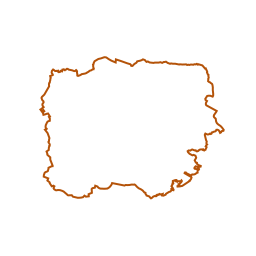 outline of Simonesti, Harghita, Romania, rotated 198°
{"feature_id": "2599482B29227136625242", "entity_name": "Simonesti", "entity_type": "district", "adm_level": 2, "iso_a3": "ROU", "parent_name": "Romania", "parent_adm1": "Harghita", "projection": "natural_earth1", "projection_center": [25.11, 46.356], "detail": "fine", "context": "isolated", "style": "outline", "palette": "amber", "viewbox_px": 256, "rotation_deg": 198, "n_neighbors": 0, "source": "geoboundaries", "source_scale": "gbopen_adm2", "svg_char_len": 5712}
<svg xmlns="http://www.w3.org/2000/svg" viewBox="0 0 256 256"><g transform="rotate(198 128 128)"><path d="M175.3,185.8L177.5,184.5L180.4,181.2L180.7,179.4L180.5,178.3L180.9,177.5L180.3,176.5L180.3,176.1L179.5,174.6L179.2,174.4L178.9,174.0L178.9,173.2L179.6,173.0L180.9,171.4L182.0,170.7L182.3,170.4L182.9,169.3L184.2,168.0L184.4,167.5L185.7,166.5L188.8,164.8L189.2,164.1L190.0,163.3L191.6,162.1L192.4,162.2L193.0,163.9L193.7,164.9L193.9,166.0L194.5,166.7L195.0,166.7L195.3,167.0L195.5,166.8L195.6,166.1L196.2,165.7L196.9,165.5L199.0,165.6L202.4,165.2L203.6,165.6L204.4,165.4L205.0,164.4L205.6,164.0L205.9,163.4L206.2,163.4L207.2,164.0L208.5,163.2L208.2,162.4L208.2,161.5L209.5,161.5L209.5,161.1L210.2,160.1L210.5,160.0L211.7,160.7L211.8,159.9L213.2,160.5L213.7,160.1L215.0,159.7L216.7,160.4L217.3,160.5L218.0,158.8L217.8,157.2L217.3,156.5L216.6,156.1L215.9,155.3L216.8,154.3L218.1,153.4L217.7,152.6L217.0,151.9L217.0,150.6L216.7,149.6L216.7,148.2L216.5,147.5L216.5,146.8L216.9,146.3L216.5,144.6L215.9,143.3L217.9,133.9L219.4,131.1L219.6,130.3L219.4,129.6L218.2,128.1L216.6,127.2L216.2,126.2L216.8,124.2L216.2,122.9L214.7,121.8L215.7,120.4L215.8,119.9L217.0,118.5L215.2,117.2L215.2,117.4L214.3,118.0L214.1,119.0L212.8,118.1L213.6,116.9L213.7,116.3L212.5,114.4L210.8,115.5L209.9,116.3L208.5,117.1L205.8,114.8L206.6,114.1L205.3,112.9L204.6,110.7L205.8,109.9L206.5,109.1L206.7,108.2L206.9,107.0L207.0,105.7L207.1,105.4L206.8,103.7L206.2,102.6L205.1,102.2L205.1,101.8L206.4,100.7L202.9,98.3L199.6,94.1L199.5,92.7L199.1,91.0L199.4,90.4L199.4,90.2L199.0,89.6L198.0,88.9L197.3,88.1L197.0,86.9L197.4,86.6L197.2,85.7L197.2,84.9L196.6,82.6L198.2,80.5L196.7,78.5L196.5,77.7L195.8,77.3L192.9,76.1L192.6,75.4L192.5,74.8L192.0,73.7L188.0,68.8L187.9,68.4L188.7,68.1L191.3,65.6L191.0,64.2L191.0,63.0L190.9,62.4L191.5,61.6L192.8,60.6L193.4,59.7L193.5,57.4L193.1,55.7L188.3,55.4L188.4,53.1L185.9,52.2L185.5,51.8L185.4,51.3L182.5,49.0L181.1,50.1L180.0,49.8L180.2,48.5L180.1,47.6L179.2,46.9L177.6,46.5L176.9,46.6L175.4,47.4L173.5,47.9L171.3,47.9L169.6,47.7L165.5,46.0L164.6,45.5L164.0,45.5L160.7,46.7L159.2,45.7L158.7,45.7L154.2,46.1L152.3,46.8L151.1,47.3L149.4,48.3L148.5,50.2L146.8,49.7L144.2,50.9L145.0,52.9L142.3,55.2L143.7,58.7L143.2,59.8L141.1,61.0L141.3,63.0L138.9,62.9L138.3,62.4L137.4,62.0L135.7,61.8L131.4,63.0L128.8,64.1L127.3,66.0L126.4,68.2L126.1,69.6L126.1,70.7L113.5,72.2L112.6,73.1L110.9,73.5L108.9,74.3L107.3,75.2L106.2,75.6L105.0,75.9L104.3,76.3L103.3,76.0L101.2,74.8L99.2,74.0L96.8,73.7L94.7,73.1L92.6,71.8L91.4,71.8L91.2,71.1L90.9,70.7L90.0,70.1L89.5,69.5L86.9,69.5L86.4,69.4L85.7,68.8L84.4,68.2L83.5,69.2L82.8,70.6L81.5,71.6L80.4,71.7L79.9,72.0L80.2,72.9L80.0,73.2L79.6,73.6L79.2,73.4L78.2,73.9L78.1,74.6L77.5,75.1L77.0,74.8L76.0,75.1L74.7,76.0L74.7,75.1L75.3,74.6L75.0,74.3L73.4,74.6L71.6,76.2L71.5,77.2L69.2,79.9L68.0,80.7L67.8,81.1L67.5,82.4L67.2,82.5L67.5,82.6L68.0,83.4L67.7,83.8L66.3,83.6L65.7,83.3L65.7,83.6L66.3,84.0L66.8,84.2L66.8,84.7L67.5,85.0L67.8,85.5L68.7,86.1L68.1,88.5L68.3,88.9L68.0,89.0L67.8,89.3L68.0,89.6L68.4,89.4L68.3,90.2L68.7,90.6L69.0,91.5L66.9,93.1L65.8,93.5L64.6,92.6L65.1,92.1L64.6,92.1L64.6,92.3L63.0,93.3L62.8,93.3L62.8,93.0L62.6,93.0L61.6,93.4L61.0,94.7L60.4,94.2L60.6,93.0L61.7,90.8L62.0,90.6L61.8,90.2L62.5,90.0L61.9,88.9L63.0,88.0L62.8,87.6L60.6,88.5L58.5,89.7L53.2,96.4L53.3,96.7L52.9,96.9L53.0,97.4L52.7,97.7L52.3,99.0L52.3,100.6L53.4,101.1L55.7,101.5L60.2,102.5L60.2,103.2L59.3,103.6L58.2,103.0L53.8,102.4L53.5,102.3L53.1,102.4L52.9,103.3L52.6,103.7L51.0,104.1L50.4,104.6L49.9,104.9L48.9,106.3L48.0,107.1L48.5,108.3L48.6,109.1L47.7,110.4L47.7,110.9L47.9,111.1L48.3,111.3L48.7,111.2L49.7,110.1L52.0,109.9L52.5,110.4L52.4,111.2L51.8,112.5L49.9,112.4L49.1,113.0L48.1,113.1L47.0,113.7L47.1,114.4L49.5,114.5L50.9,115.0L51.4,115.4L51.7,116.2L52.8,116.1L54.6,117.9L54.0,120.4L54.0,120.9L55.3,122.5L57.3,122.7L58.3,121.9L61.5,122.5L63.5,123.6L64.1,124.4L63.4,125.4L61.7,125.8L60.8,127.0L60.3,127.4L57.6,127.3L56.7,127.7L56.1,127.2L55.5,127.0L55.1,127.1L54.0,128.0L54.0,128.5L52.8,129.8L50.0,130.9L49.8,130.2L48.5,130.2L48.2,130.8L47.6,131.2L47.6,132.0L47.3,133.9L47.7,134.5L48.4,134.6L48.2,135.9L47.7,136.7L48.1,136.9L48.8,137.9L48.9,139.4L50.0,140.6L52.8,145.1L52.9,145.7L52.7,146.6L51.0,146.4L50.0,146.5L48.8,147.3L48.6,147.8L48.2,148.1L47.5,147.8L46.9,148.3L46.7,149.9L46.0,150.2L45.2,151.0L43.9,151.8L43.5,152.5L43.4,153.6L42.4,154.0L41.2,153.9L40.1,153.1L38.9,151.8L38.1,152.7L38.1,153.6L37.8,154.1L36.4,154.8L36.4,155.8L38.6,157.4L40.6,158.5L43.4,159.3L45.0,160.1L46.2,161.4L47.5,164.0L49.4,164.8L50.1,165.7L50.2,166.9L49.1,170.5L48.9,171.6L60.6,173.8L61.4,174.8L61.6,176.2L61.2,178.1L62.9,178.6L63.5,179.6L62.6,182.9L61.4,183.6L59.8,184.1L57.2,184.0L57.0,185.0L57.5,186.8L59.1,190.3L59.9,192.9L60.9,194.9L61.4,195.6L61.9,196.0L63.4,196.4L64.1,196.8L65.1,196.8L66.3,197.3L66.6,198.9L66.9,199.4L66.8,200.8L67.8,202.6L67.8,203.3L68.8,203.8L69.2,204.3L69.4,204.7L70.0,205.1L70.1,206.1L72.5,208.7L73.0,208.3L76.6,210.5L80.7,210.4L81.1,209.8L81.4,209.8L82.3,210.3L82.6,210.2L83.2,209.4L84.7,209.1L85.3,208.4L87.8,207.8L89.2,206.9L90.0,206.9L91.3,206.2L92.0,206.5L92.8,206.3L95.8,205.2L98.4,204.6L98.9,204.2L103.0,203.7L105.1,203.0L107.1,202.7L107.6,202.2L108.5,202.0L109.5,202.2L110.2,202.1L112.4,202.8L113.7,202.0L114.4,201.8L115.6,200.5L117.5,200.6L119.0,199.7L122.7,198.5L123.8,197.8L127.7,197.0L129.7,197.4L130.8,196.6L131.7,197.0L132.9,197.8L135.0,197.9L135.9,196.8L137.2,195.8L139.9,194.2L140.0,193.2L140.3,192.5L141.0,191.8L142.0,190.4L142.8,188.6L143.3,188.2L144.3,188.2L144.6,188.8L145.6,189.4L148.4,189.3L155.2,189.5L160.7,189.5L160.0,186.5L164.6,186.9L167.9,187.6L169.7,188.2L170.8,188.4L172.4,188.0L175.3,185.8Z" fill="none" stroke="#b45309" stroke-width="2"/></g></svg>